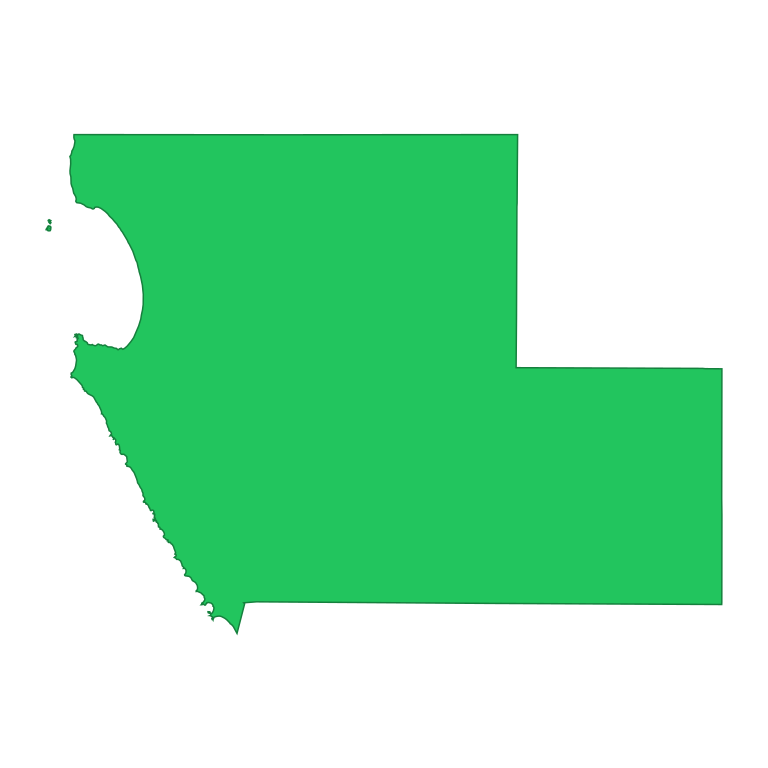 outline of Robe, South Australia, Australia
{"feature_id": "25037944B13028513234480", "entity_name": "Robe", "entity_type": "district", "adm_level": 2, "iso_a3": "AUS", "parent_name": "Australia", "parent_adm1": "South Australia", "projection": "orthographic", "projection_center": [139.804, -37.186], "detail": "fine", "context": "isolated", "style": "filled", "palette": "green", "viewbox_px": 768, "rotation_deg": 0, "n_neighbors": 0, "source": "geoboundaries", "source_scale": "gbopen_adm2", "svg_char_len": 5944}
<svg xmlns="http://www.w3.org/2000/svg" viewBox="0 0 768 768"><path d="M74.0,134.6L73.9,135.7L73.9,137.7L74.3,139.4L74.9,140.5L74.9,142.0L74.1,146.4L72.9,149.4L71.9,151.0L71.7,152.7L70.9,155.2L69.9,156.4L70.6,159.2L70.7,164.0L70.0,170.7L70.1,173.7L70.9,176.9L71.1,183.6L71.7,185.9L72.7,188.2L73.7,193.1L75.5,196.2L76.1,197.9L76.2,199.7L75.8,201.1L76.0,201.8L76.8,202.7L80.7,203.2L84.1,204.9L86.3,206.7L88.1,207.4L90.7,207.9L92.4,208.9L93.4,208.9L94.3,208.4L94.6,207.6L94.9,207.3L96.7,207.0L98.4,207.2L101.0,208.4L105.0,211.3L107.7,213.8L109.6,216.3L112.4,218.9L114.6,221.6L117.0,224.2L118.7,227.0L119.8,228.1L121.2,230.6L122.3,231.9L127.3,240.3L128.3,242.7L129.2,244.0L132.8,251.1L135.9,260.2L137.1,262.5L138.1,267.2L139.0,270.5L139.1,271.5L140.6,276.5L142.4,285.2L143.3,294.3L143.2,304.6L142.5,310.0L141.4,315.0L140.8,319.1L138.7,325.9L133.7,337.6L131.0,341.5L127.2,346.1L125.0,348.0L123.1,349.2L122.8,349.3L121.3,348.2L119.5,348.8L118.3,349.7L117.7,349.6L116.5,348.4L114.3,348.1L111.8,347.0L107.8,346.9L105.0,345.0L102.7,345.7L101.2,344.9L100.1,345.0L98.6,344.1L97.6,344.3L96.4,345.4L95.2,345.8L93.2,345.2L92.3,344.5L91.1,345.0L88.4,344.5L87.8,344.2L87.2,342.7L85.4,341.3L84.9,341.4L83.3,339.9L83.1,339.3L83.1,338.0L82.7,337.4L82.5,335.7L82.1,335.3L81.0,335.1L79.1,334.0L78.5,334.1L77.6,334.8L77.4,334.8L76.7,334.0L74.9,334.5L74.9,334.8L75.7,335.4L75.0,336.3L76.4,335.8L77.6,335.9L77.6,336.3L76.4,337.0L76.2,337.6L76.4,337.9L77.0,337.6L77.8,337.7L78.1,338.3L77.6,338.9L77.4,339.6L77.0,340.0L77.2,340.5L77.1,341.4L75.3,341.9L75.2,342.5L75.8,344.2L76.3,344.5L77.2,344.4L77.5,344.7L77.7,345.5L77.7,346.6L76.0,347.9L75.6,348.9L74.2,350.4L73.9,351.1L73.9,351.5L74.8,353.4L74.9,354.6L75.6,355.4L76.4,359.0L76.5,360.4L75.7,365.9L74.9,368.6L73.0,371.9L72.1,372.7L71.2,373.1L71.2,374.7L71.8,375.4L71.8,375.8L71.7,376.2L71.1,376.6L71.0,377.2L71.8,377.8L72.9,377.4L74.2,377.6L76.9,379.6L81.8,385.1L82.3,386.0L82.5,387.4L83.7,388.2L83.4,389.2L84.5,390.0L84.6,391.0L86.2,391.3L87.4,393.1L88.3,393.9L92.3,395.9L93.7,397.1L96.4,402.1L97.1,402.8L97.9,404.4L99.0,405.7L101.2,410.6L101.7,412.8L101.5,413.8L101.9,413.8L102.8,414.5L103.8,416.2L105.1,417.5L106.4,420.4L106.6,421.0L106.4,423.2L107.2,424.7L107.8,426.9L108.6,428.3L109.1,430.7L110.5,431.5L111.2,432.6L111.5,434.2L110.4,435.1L110.0,435.8L110.8,435.6L112.0,435.9L112.7,437.2L114.1,437.8L114.1,438.3L113.4,438.9L113.3,439.3L113.6,439.4L113.9,438.9L114.6,438.7L115.4,439.3L115.7,439.9L115.8,441.0L115.3,442.3L115.6,442.9L115.8,444.3L116.2,444.8L116.6,444.8L117.7,444.1L118.0,444.1L118.9,444.9L119.3,445.7L119.7,448.5L119.3,449.8L120.3,450.3L120.3,450.8L120.0,452.1L120.1,452.7L120.9,453.9L121.6,454.3L124.0,454.3L126.7,456.6L127.3,461.5L127.0,462.3L125.6,463.8L125.6,464.2L126.9,465.0L126.8,466.0L127.0,466.3L128.4,466.4L130.1,467.1L131.2,468.3L132.1,469.9L134.1,472.5L136.6,478.7L137.4,481.4L137.6,482.8L139.0,484.7L140.2,487.3L141.7,489.4L142.2,491.5L143.0,493.2L143.0,495.7L144.6,497.8L144.9,499.5L144.4,500.6L143.6,501.1L143.4,501.9L143.9,502.3L145.0,502.2L145.8,502.9L145.8,503.7L146.0,504.0L146.5,503.9L146.6,504.2L147.3,504.2L147.6,504.5L148.6,506.1L148.9,507.2L149.5,507.6L149.5,508.4L150.3,509.4L150.4,510.3L151.0,510.7L151.8,510.2L152.4,510.1L153.1,510.3L153.7,510.9L154.0,512.7L153.7,513.3L153.0,513.4L153.0,513.7L153.2,513.9L153.7,513.7L154.2,514.1L154.7,514.2L154.7,514.7L154.4,515.2L154.7,515.8L154.5,516.0L154.5,516.8L154.2,517.2L154.4,517.7L155.1,518.0L155.4,519.1L155.2,519.3L153.3,519.3L153.4,519.7L153.1,519.9L153.3,520.3L153.3,521.0L153.7,521.2L154.1,520.8L154.0,519.9L154.3,519.7L154.7,519.7L155.5,520.7L156.1,520.4L156.4,520.5L156.5,520.9L156.1,521.2L156.4,522.1L157.4,522.4L157.7,523.3L158.2,523.5L158.5,526.9L159.7,527.3L160.2,528.4L160.0,528.8L160.1,529.2L161.1,529.1L162.7,530.3L164.0,532.4L164.3,533.4L164.4,535.2L163.4,536.1L163.4,536.8L163.8,537.5L164.9,538.1L166.3,539.6L167.8,539.9L167.4,540.9L168.3,541.1L168.3,542.2L169.1,542.6L170.2,542.3L171.3,543.9L172.2,544.3L172.9,545.5L173.6,546.7L174.1,548.5L175.6,552.4L174.9,554.1L175.8,554.3L176.2,555.3L176.0,556.1L175.4,556.3L174.3,557.5L175.5,557.9L176.7,559.4L178.4,559.4L180.6,561.0L181.9,564.2L182.2,565.8L183.7,567.4L183.8,567.9L183.5,568.4L184.7,568.3L185.7,569.5L186.1,570.7L185.9,572.8L185.4,573.7L184.6,574.7L184.7,575.3L185.3,575.8L189.2,576.4L190.8,577.6L192.4,580.6L194.8,582.0L195.8,582.9L197.3,585.5L197.6,587.5L197.5,589.2L197.1,589.9L196.1,591.0L196.2,591.5L197.0,591.2L200.8,592.8L204.0,595.8L204.3,597.8L204.8,598.4L204.8,599.8L203.7,601.7L202.7,602.7L202.2,602.8L202.1,603.1L201.8,603.3L201.6,604.4L201.3,604.7L202.1,604.7L202.7,603.8L203.0,603.6L203.1,604.1L205.0,605.2L205.8,604.6L206.0,603.8L206.8,603.3L206.9,602.7L208.5,602.5L210.9,603.0L212.0,603.8L212.7,604.7L213.1,605.5L212.9,606.1L213.4,606.4L214.0,607.8L213.7,609.6L213.3,611.1L212.3,612.9L211.6,613.4L210.9,613.4L210.1,612.7L209.8,611.8L208.0,611.7L208.0,611.9L208.1,612.3L208.9,612.4L208.5,612.7L208.5,612.9L209.1,612.8L209.6,613.3L210.0,613.2L210.8,613.8L210.8,615.2L209.9,615.6L210.8,615.7L211.3,616.4L212.2,616.7L212.5,618.1L212.4,618.4L211.9,618.6L212.1,619.3L212.6,619.1L213.0,619.9L213.2,618.9L213.6,618.5L213.7,617.6L214.1,617.2L216.1,616.5L218.3,616.1L219.9,616.1L221.4,616.5L224.7,618.2L226.7,619.7L229.8,622.9L230.1,623.6L231.7,624.7L233.3,626.5L237.0,633.4L244.6,603.9L243.7,602.8L256.5,601.8L491.3,603.4L721.7,604.5L721.8,602.0L721.9,515.1L721.7,498.8L721.9,368.8L705.3,368.7L702.6,368.4L516.1,367.7L516.5,316.4L516.9,206.8L517.1,203.1L517.3,170.6L517.6,134.6L282.3,134.8L74.0,134.6ZM46.1,229.7L47.4,230.0L48.1,230.8L50.0,230.8L50.4,230.3L50.7,229.4L50.1,228.6L50.4,228.1L50.9,228.0L50.8,226.9L49.8,226.0L49.1,226.2L48.3,225.9L47.7,226.8L48.0,226.8L48.1,227.1L46.9,228.3L47.5,228.8L46.3,229.1L46.1,229.7ZM49.4,222.6L49.5,223.0L50.2,223.7L50.6,223.3L50.6,222.8L50.9,222.4L50.3,221.8L50.2,221.3L50.8,220.6L49.1,219.7L48.2,220.4L48.3,220.9L49.1,221.2L48.9,222.3L49.4,222.6Z" fill="#22c55e" stroke="#15803d" stroke-width="1.5"/></svg>